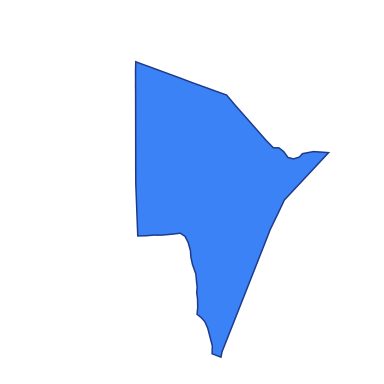 Barra de Guabiraba, Pernambuco, Brazil, rotated 128°
{"feature_id": "56859067B85963395664365", "entity_name": "Barra de Guabiraba", "entity_type": "district", "adm_level": 2, "iso_a3": "BRA", "parent_name": "Brazil", "parent_adm1": "Pernambuco", "projection": "robinson", "projection_center": [-35.622, -8.422], "detail": "fine", "context": "isolated", "style": "filled", "palette": "blue", "viewbox_px": 384, "rotation_deg": 128, "n_neighbors": 0, "source": "geoboundaries", "source_scale": "gbopen_adm2", "svg_char_len": 852}
<svg xmlns="http://www.w3.org/2000/svg" viewBox="0 0 384 384"><g transform="rotate(128 192 192)"><path d="M260.0,207.7L254.7,201.2L249.4,195.5L244.8,189.5L236.8,181.0L231.7,175.9L231.2,170.3L234.1,164.0L239.2,157.1L244.0,152.8L248.9,146.9L254.2,138.5L259.5,133.6L263.6,129.5L268.6,126.2L272.3,122.3L279.2,116.6L285.3,112.7L285.3,107.3L286.3,102.0L289.6,95.8L300.8,81.2L307.1,76.6L304.3,67.5L299.3,70.0L256.6,82.6L249.8,84.6L183.6,104.2L173.3,107.3L155.6,111.1L141.6,114.3L76.9,108.6L81.1,114.9L85.4,121.2L93.8,128.6L98.4,128.9L103.4,132.4L105.7,137.6L103.7,144.6L103.7,150.7L107.1,155.1L105.7,165.4L101.3,188.6L97.0,211.6L94.3,224.5L96.5,231.0L105.9,259.8L109.0,269.8L122.2,310.8L124.0,316.5L131.3,311.1L138.9,305.1L143.2,301.8L146.9,298.8L200.6,256.7L207.4,251.4L220.2,241.3L260.0,207.7Z" fill="#3b82f6" stroke="#1e3a8a" stroke-width="1.5"/></g></svg>